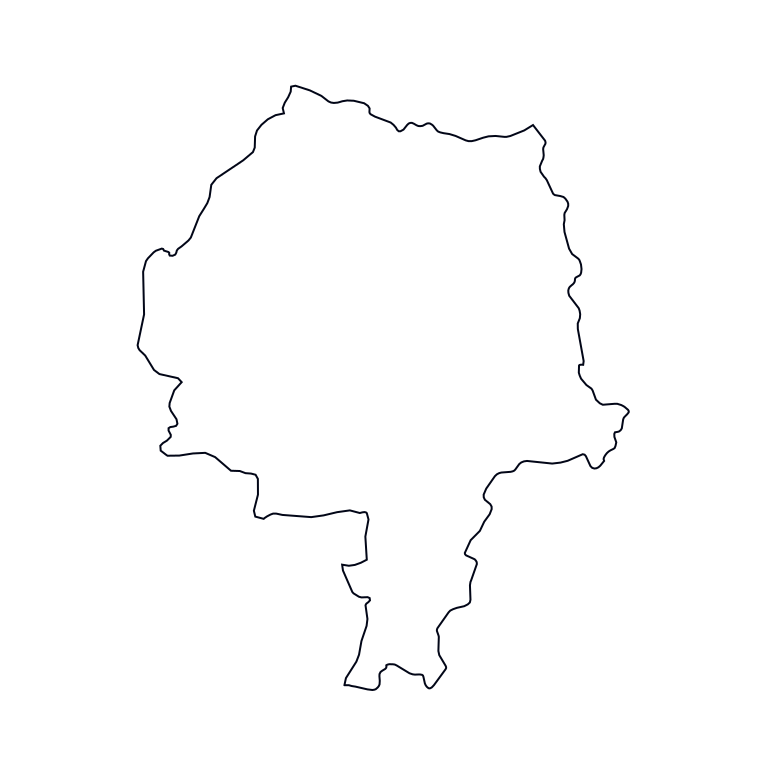 an SVG outline of Jihočeský, rotated 82°
{"feature_id": "CZE-1593", "entity_name": "Jihočeský", "entity_type": "Region", "adm_level": 1, "iso_a3": "CZE", "parent_name": "Czechia", "parent_adm1": "", "projection": "albers", "projection_center": [14.581, 49.086], "detail": "fine", "context": "isolated", "style": "outline", "palette": "ink", "viewbox_px": 768, "rotation_deg": 82, "n_neighbors": 0, "source": "natural_earth", "source_scale": "10m", "svg_char_len": 4888}
<svg xmlns="http://www.w3.org/2000/svg" viewBox="0 0 768 768"><g transform="rotate(82 384 384)"><path d="M96.6,445.9L91.6,443.1L86.7,439.0L81.5,435.7L76.6,434.6L76.3,430.2L82.9,416.6L90.0,405.9L96.4,399.7L97.9,397.3L98.7,394.6L98.9,390.7L98.6,388.5L98.2,385.9L98.1,381.0L99.3,374.5L103.2,364.6L106.3,361.2L109.1,359.9L112.7,360.6L114.0,360.4L115.1,359.6L118.0,355.7L126.0,341.0L128.7,338.5L131.8,336.5L134.2,335.6L135.8,334.2L136.0,332.5L134.8,329.3L130.7,325.0L129.5,323.3L129.1,321.7L129.3,320.0L130.4,318.2L132.3,315.8L133.3,314.1L133.7,312.3L133.7,309.8L132.1,305.5L132.0,304.0L132.4,302.3L133.8,300.5L135.0,299.4L140.2,296.4L141.6,295.2L142.7,293.2L143.9,290.1L145.6,284.4L148.3,278.6L154.1,269.2L155.3,266.4L155.7,263.4L155.4,259.5L153.9,251.5L153.3,246.0L153.9,239.0L156.0,230.5L156.3,228.3L156.0,224.4L152.4,209.8L148.3,200.4L165.5,190.6L167.2,190.4L168.5,190.7L171.9,193.2L173.5,193.7L179.7,194.0L181.6,194.5L183.3,195.1L184.9,196.3L190.2,199.4L192.7,199.7L195.7,199.4L201.0,196.7L202.6,195.5L204.8,194.4L219.0,190.1L220.0,189.3L220.7,188.5L222.4,183.3L223.8,180.2L225.7,178.6L229.0,176.9L231.1,176.5L233.3,176.8L236.3,178.4L239.8,181.3L241.6,181.9L247.0,182.4L250.8,183.7L258.6,184.1L275.7,181.9L281.5,179.6L286.8,174.3L288.1,173.4L289.5,173.0L293.0,172.3L297.7,172.4L301.2,173.3L302.7,174.1L303.7,175.1L304.8,178.1L305.3,179.3L306.0,180.0L306.8,180.3L307.9,180.5L309.3,181.0L310.4,181.8L311.6,183.2L312.2,184.3L313.6,186.4L314.2,187.0L315.0,187.6L315.8,188.0L317.1,188.5L319.4,188.7L322.4,188.3L336.1,180.6L338.6,180.1L342.2,180.0L346.1,180.9L351.0,183.7L356.5,184.4L389.1,183.1L392.7,184.1L392.4,185.4L392.3,186.7L392.4,187.8L392.9,188.3L399.9,189.5L403.0,189.0L406.2,188.1L413.2,183.7L417.5,179.2L419.5,178.3L429.0,176.3L433.1,173.0L435.0,170.2L435.7,158.3L435.9,156.9L436.1,155.7L437.9,151.9L439.2,150.1L440.1,149.0L443.6,145.9L445.0,145.4L446.2,145.7L447.8,147.4L449.9,150.2L450.8,151.2L452.4,152.1L461.1,154.7L462.7,156.1L463.7,157.8L463.9,159.0L464.0,162.0L465.5,162.9L468.5,163.2L474.1,162.1L477.6,163.4L479.6,164.6L480.3,166.1L481.2,168.9L482.1,170.9L483.4,172.8L484.9,174.4L486.3,175.6L487.6,176.5L488.9,177.0L490.8,176.7L495.0,181.2L496.3,183.2L497.0,185.3L497.0,187.4L496.0,189.5L494.0,191.0L483.6,194.1L481.9,195.2L481.2,197.0L485.6,212.8L486.4,220.2L486.2,228.5L480.1,253.1L480.1,256.2L480.8,259.0L482.1,261.2L487.0,265.9L487.9,267.1L488.4,268.7L488.6,270.8L488.0,280.2L488.3,282.4L489.1,284.7L490.7,287.0L501.8,297.3L507.4,300.7L510.1,301.0L512.7,300.2L517.8,295.5L520.4,294.5L522.9,294.8L527.7,297.5L534.3,303.9L542.8,309.5L550.7,319.9L562.6,327.5L563.9,327.4L565.1,326.6L570.2,318.6L571.7,317.6L573.3,317.0L575.2,317.1L590.7,325.1L592.0,325.9L595.3,326.9L609.7,328.4L612.3,329.4L613.9,331.7L615.2,335.5L615.8,342.9L616.6,346.9L617.6,349.9L619.1,351.8L633.3,365.1L634.4,365.7L635.8,366.0L640.7,365.0L642.0,364.9L656.0,367.3L660.2,367.0L671.6,362.2L672.9,361.9L673.9,362.0L675.0,362.7L689.2,376.5L691.1,378.9L691.7,380.5L691.7,381.7L690.9,382.8L689.7,383.8L688.2,384.6L686.2,385.2L679.6,385.7L678.1,386.0L677.3,386.8L676.7,388.6L676.4,390.6L676.1,393.8L675.5,396.0L674.0,399.0L664.5,410.6L663.3,412.4L662.8,414.2L662.2,417.8L662.4,419.6L662.8,420.8L663.4,421.0L664.3,420.9L665.4,421.4L666.3,422.4L667.6,425.5L668.7,427.5L670.6,428.8L672.7,429.2L677.4,429.5L680.8,430.2L682.3,431.1L683.6,432.4L685.1,434.7L685.4,436.3L685.4,438.1L684.1,442.9L679.7,454.4L678.6,458.0L677.4,460.7L676.8,465.0L676.7,465.1L669.9,462.6L655.1,450.0L648.6,446.4L635.4,442.1L621.1,434.9L614.4,433.1L600.5,433.1L599.1,432.1L597.8,429.8L596.3,428.0L594.0,428.0L592.8,429.9L592.2,436.0L591.2,438.4L587.1,443.3L585.6,444.3L563.0,450.6L557.1,450.6L559.1,444.1L559.1,438.0L557.8,431.8L555.6,425.5L532.5,423.7L516.0,418.2L509.5,419.0L508.6,419.8L508.1,421.3L508.1,423.4L508.4,425.9L504.4,435.4L504.4,448.3L505.7,462.1L505.7,474.6L499.5,502.9L497.4,508.6L496.9,511.8L497.5,514.6L498.8,518.2L500.2,521.1L500.8,521.9L497.4,529.9L491.4,530.5L476.0,524.2L460.4,522.1L456.0,523.8L454.2,528.1L453.0,533.6L450.1,538.9L448.6,547.6L432.9,561.4L427.3,570.6L426.2,582.8L426.4,596.6L424.9,608.4L423.6,609.8L418.9,614.4L414.0,614.1L411.7,611.1L409.9,606.9L406.7,602.6L404.7,602.2L400.2,603.8L397.8,603.5L396.9,601.6L396.9,598.6L396.5,595.7L394.6,594.1L390.0,594.4L381.0,598.7L376.5,599.7L373.0,598.9L361.1,592.6L354.0,584.1L349.6,587.2L342.9,605.0L338.1,609.8L322.6,616.5L316.5,621.3L314.2,622.3L311.3,622.6L281.7,611.9L239.3,606.9L229.2,602.6L226.7,600.3L221.6,593.8L220.3,591.4L219.0,585.2L219.6,583.9L221.3,583.3L223.3,579.1L224.2,578.4L225.6,578.7L227.0,578.3L227.6,575.5L226.8,572.7L225.0,571.4L223.0,570.6L221.5,569.1L219.6,565.4L214.7,557.7L212.1,554.9L192.1,543.6L185.6,538.1L180.3,533.8L174.6,530.7L162.7,527.3L156.9,521.2L142.9,492.3L136.1,481.5L131.9,479.1L120.9,477.2L115.3,474.5L110.3,469.3L105.7,462.2L102.7,454.0L102.1,445.4L96.6,445.9Z" fill="none" stroke="#020617" stroke-width="2"/></g></svg>